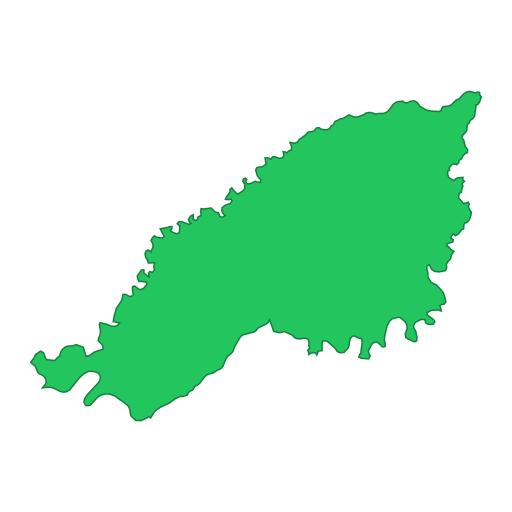 the district of Candói, Paraná, Brazil
{"feature_id": "56859067B42839534370188", "entity_name": "Candói", "entity_type": "district", "adm_level": 2, "iso_a3": "BRA", "parent_name": "Brazil", "parent_adm1": "Paraná", "projection": "albers", "projection_center": [-52.04, -25.522], "detail": "fine", "context": "isolated", "style": "filled", "palette": "green", "viewbox_px": 512, "rotation_deg": 0, "n_neighbors": 0, "source": "geoboundaries", "source_scale": "gbopen_adm2", "svg_char_len": 6066}
<svg xmlns="http://www.w3.org/2000/svg" viewBox="0 0 512 512"><path d="M441.2,311.0L440.9,308.5L439.8,305.7L441.7,304.3L443.9,304.3L445.7,302.3L445.4,299.5L443.4,292.9L441.5,290.4L436.4,284.8L431.2,282.5L429.4,279.6L428.0,277.1L427.7,271.7L426.7,268.4L427.1,266.0L429.3,264.7L430.6,267.5L431.9,269.6L434.4,271.3L438.9,271.9L444.0,271.0L445.8,270.3L446.8,267.1L446.2,264.4L448.1,261.5L450.4,259.1L451.4,255.1L454.0,251.3L451.2,249.8L448.5,246.6L446.6,245.9L447.4,243.9L449.1,243.1L452.9,242.0L453.2,239.6L450.7,237.9L451.3,235.9L453.7,233.8L455.4,235.7L458.2,234.1L461.7,229.7L463.7,228.8L463.8,224.8L464.9,223.0L467.1,222.3L469.5,219.7L471.0,214.7L471.4,212.2L469.3,209.3L468.4,206.2L469.3,204.2L468.2,202.1L465.8,203.1L463.4,203.6L461.5,201.0L458.6,198.1L459.1,193.5L461.5,192.3L461.7,188.9L462.9,186.2L462.1,183.6L464.5,181.3L462.7,179.7L463.0,177.4L457.7,177.8L455.7,178.8L454.2,180.5L451.7,179.4L448.8,177.6L447.6,174.1L447.7,171.3L449.5,170.2L449.2,167.9L451.5,165.0L453.6,163.8L456.7,164.7L458.7,162.9L459.0,160.5L461.5,158.7L463.2,155.5L465.5,153.4L467.5,152.5L467.5,149.2L465.3,146.7L463.7,139.9L462.2,138.3L462.1,136.1L466.5,131.2L467.5,124.4L469.1,123.2L470.3,120.3L472.7,118.7L474.5,116.5L475.8,107.3L475.9,104.8L477.8,104.5L479.0,102.8L480.0,100.8L481.3,96.9L479.6,94.7L479.6,92.4L477.5,92.0L475.4,92.9L471.4,91.8L469.1,91.4L466.6,92.0L463.9,93.7L459.0,98.9L456.1,100.1L451.2,104.9L448.2,106.3L445.0,106.3L442.6,106.9L440.8,110.8L438.8,111.5L431.2,111.1L425.9,109.9L419.6,106.1L418.4,103.9L416.5,101.9L414.3,100.9L410.9,101.1L407.8,102.7L405.0,102.9L402.7,101.1L397.9,101.7L395.7,102.5L393.5,104.0L388.0,111.3L385.5,112.7L383.5,113.4L379.1,113.4L376.1,114.2L370.9,112.5L368.6,112.5L365.7,113.2L364.0,114.5L360.2,116.1L357.7,116.9L354.6,117.2L348.9,114.8L343.2,118.4L339.9,119.0L337.3,120.5L335.0,121.4L333.4,124.8L331.6,125.7L329.2,128.8L326.9,129.7L323.7,129.7L320.9,129.0L319.3,127.8L316.6,127.9L313.7,131.2L308.0,132.1L305.6,134.9L299.4,139.3L297.4,142.1L294.7,143.3L289.9,142.4L291.6,146.8L291.4,150.0L288.5,151.0L287.0,152.9L285.0,151.8L283.1,151.8L283.9,154.9L282.6,157.9L278.9,158.3L275.2,156.8L272.6,156.8L271.0,159.2L268.5,157.9L265.1,157.9L266.0,164.2L262.4,166.8L258.7,167.1L256.6,167.9L255.7,170.1L257.3,175.6L258.9,178.0L260.9,179.7L260.3,182.4L257.0,182.0L255.0,181.3L251.1,183.3L247.8,184.1L245.5,182.1L246.8,179.5L245.2,178.1L243.4,179.0L242.8,181.3L244.5,184.0L245.0,188.2L243.2,190.7L237.6,194.2L233.2,190.0L231.8,187.8L230.0,189.4L230.0,191.9L226.8,196.5L225.4,199.4L227.5,199.7L231.0,199.2L232.2,200.9L230.1,203.7L226.0,204.8L222.2,207.5L221.8,210.8L222.9,213.4L225.3,215.7L222.0,217.3L219.7,216.3L218.4,212.5L215.5,212.3L211.1,208.0L203.7,209.0L201.1,208.6L200.7,211.1L201.2,215.4L198.0,216.9L197.5,219.4L195.7,220.5L193.0,219.4L193.4,214.8L191.0,215.7L188.4,219.1L189.3,221.9L190.9,223.5L188.6,224.3L181.8,221.7L178.8,221.8L177.2,223.7L179.8,226.1L179.4,232.6L176.6,233.8L172.7,232.3L170.3,230.7L172.0,228.6L171.9,226.5L169.8,226.6L167.8,227.4L160.2,228.8L164.1,236.4L162.6,238.3L156.3,237.1L154.4,235.8L152.6,237.5L151.0,240.5L152.9,243.9L153.0,247.2L150.8,251.9L148.2,249.9L145.9,251.1L145.0,253.9L145.6,257.1L147.6,260.4L148.3,263.0L154.6,262.8L153.8,266.3L154.4,269.9L152.5,272.4L149.8,271.6L148.5,273.2L149.2,276.9L146.4,275.2L143.9,272.9L143.9,269.8L141.4,270.1L137.3,275.9L137.7,279.0L139.0,281.5L141.8,281.4L146.0,282.1L147.0,284.2L143.6,288.3L141.0,289.5L139.1,289.4L134.7,286.0L132.6,286.6L132.4,289.2L133.2,294.3L131.7,296.2L129.7,296.5L125.6,294.4L123.0,294.4L121.8,300.3L116.3,308.5L114.3,315.5L113.2,321.6L119.7,323.0L117.2,325.6L114.9,326.4L111.1,326.1L106.8,324.3L100.2,322.6L99.3,324.6L100.5,330.9L100.1,334.8L98.7,338.0L98.2,340.8L102.1,344.6L103.1,346.9L103.0,349.1L94.2,352.1L89.9,355.4L86.1,356.4L83.3,347.2L76.3,344.6L72.4,345.8L67.7,346.1L64.7,347.4L62.9,349.0L61.2,351.1L59.3,356.5L57.1,357.9L54.8,360.5L46.7,359.7L45.4,357.8L43.5,352.7L40.6,351.1L35.6,354.5L34.2,357.5L30.7,362.4L35.3,366.4L37.6,372.0L39.0,373.7L42.7,375.4L44.5,377.0L45.7,379.0L46.2,381.9L45.5,384.1L42.4,387.9L47.8,387.2L51.0,387.4L54.6,388.6L59.4,391.1L62.8,392.1L66.1,391.9L69.6,390.0L79.3,377.9L83.4,374.1L87.5,371.8L89.8,371.2L92.7,371.4L95.7,371.9L98.6,373.4L100.2,375.9L100.3,378.0L99.7,380.7L97.9,383.3L87.2,394.8L84.6,398.8L83.9,402.5L85.9,405.5L87.9,405.7L90.2,405.2L96.6,398.3L98.7,396.5L100.5,395.4L102.6,394.6L105.4,394.0L108.6,394.0L110.5,394.4L115.3,396.2L120.0,399.8L124.0,402.3L128.0,405.8L129.2,407.8L130.1,410.6L130.2,413.0L131.1,416.1L135.8,420.5L141.0,420.6L145.8,418.5L148.7,416.6L150.7,417.9L154.5,411.7L156.9,409.6L160.1,407.4L169.2,403.1L175.4,398.7L180.2,396.4L182.4,396.6L187.4,395.0L188.3,392.6L190.2,391.1L193.0,389.8L194.5,386.5L197.3,385.2L199.6,383.4L204.2,377.3L206.9,374.9L209.6,373.9L213.6,372.8L216.9,370.5L221.1,368.5L223.0,366.1L225.9,358.9L227.8,356.1L229.7,354.8L232.8,351.7L235.2,345.5L240.9,336.2L243.4,334.7L254.3,331.9L256.0,330.7L257.8,328.2L266.6,323.8L268.2,322.4L269.6,319.7L273.8,331.5L279.8,332.7L284.4,331.5L292.2,335.1L294.2,337.2L296.2,338.5L299.8,338.9L305.4,338.1L308.1,339.3L309.0,342.7L308.8,345.9L309.7,348.2L307.7,350.4L308.8,352.3L308.7,354.5L310.6,353.3L313.3,352.6L315.7,353.1L316.8,355.0L318.4,351.1L322.1,350.6L322.1,342.3L323.2,340.7L327.2,341.3L335.1,348.2L337.3,351.6L340.1,352.8L343.9,352.5L347.9,348.1L349.1,345.6L349.3,342.2L350.7,337.9L353.1,335.9L355.4,336.3L358.3,338.0L361.5,338.6L362.1,341.0L362.0,344.4L361.0,350.6L361.0,352.8L359.5,354.9L358.8,357.1L361.7,358.3L368.6,358.9L370.2,355.9L368.9,353.3L368.4,350.9L372.2,343.7L374.5,342.1L377.3,342.0L382.5,346.9L385.1,346.6L385.2,343.4L384.3,340.0L385.0,334.9L387.0,326.1L389.5,321.3L392.1,318.9L396.2,317.7L400.2,317.3L404.4,321.2L405.8,322.8L407.0,325.5L407.1,328.6L405.2,334.3L405.9,337.6L408.0,339.0L414.5,341.9L416.6,340.9L417.0,337.4L415.6,330.9L414.0,328.3L413.4,326.2L414.5,323.7L415.8,322.0L421.1,319.5L424.7,319.5L425.9,323.1L428.2,324.3L431.1,324.4L433.3,324.1L434.8,321.9L433.8,319.8L427.3,314.9L426.8,312.7L431.9,310.2L438.3,310.0L441.2,311.0Z" fill="#22c55e" stroke="#15803d" stroke-width="1.5"/></svg>